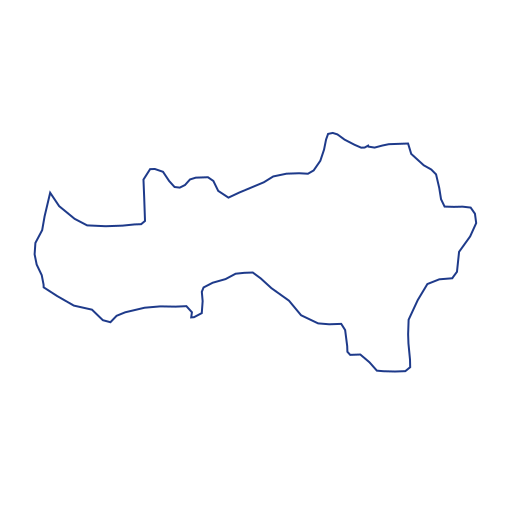 an SVG outline of Kratovo, rotated 178°
{"feature_id": "MKD-2940", "entity_name": "Kratovo", "entity_type": "Statistical Region", "adm_level": 1, "iso_a3": "MKD", "parent_name": "North Macedonia", "parent_adm1": "", "projection": "albers", "projection_center": [22.124, 42.077], "detail": "fine", "context": "isolated", "style": "outline", "palette": "blue", "viewbox_px": 512, "rotation_deg": 178, "n_neighbors": 0, "source": "natural_earth", "source_scale": "10m", "svg_char_len": 1622}
<svg xmlns="http://www.w3.org/2000/svg" viewBox="0 0 512 512"><g transform="rotate(178 256 256)"><path d="M459.5,326.4L451.0,312.7L436.0,299.5L423.7,292.5L405.2,291.0L388.3,291.0L376.2,291.8L369.7,291.8L365.7,294.9L365.7,318.4L365.8,336.3L358.8,346.5L354.1,346.5L346.0,343.4L340.2,334.0L335.0,327.8L329.8,327.0L324.5,329.4L319.3,334.8L313.5,336.4L301.3,336.4L296.0,332.5L291.5,322.4L281.5,315.3L270.5,320.0L245.6,329.4L236.0,334.9L222.6,337.2L209.9,337.2L201.2,336.4L195.4,339.5L188.4,348.9L184.3,359.9L181.9,370.0L179.7,375.5L175.0,376.3L170.4,374.7L163.4,369.2L153.6,363.7L147.1,360.6L143.6,360.6L140.1,362.4L139.8,361.4L133.7,360.2L125.8,362.0L119.4,363.1L113.3,363.1L105.5,363.1L100.1,363.1L97.3,352.6L85.2,340.8L77.8,336.3L73.2,331.3L70.5,317.6L69.1,306.3L65.8,298.8L56.5,298.2L47.8,298.1L39.8,296.9L35.7,290.6L34.8,281.2L41.3,268.1L52.9,253.1L55.7,233.2L59.6,228.3L60.6,226.9L73.6,226.3L85.7,222.0L95.9,206.3L105.7,187.0L106.7,172.6L106.7,163.2L105.7,147.0L105.8,139.5L110.8,135.7L121.1,135.7L132.7,136.4L139.2,137.2L146.3,145.8L155.2,153.9L165.3,153.9L168.0,157.1L168.0,162.7L169.5,178.9L173.2,185.2L185.2,185.2L196.3,186.5L213.0,195.2L224.6,210.2L241.7,223.3L252.0,233.4L259.8,239.6L268.2,239.6L277.0,239.0L287.2,234.0L300.2,230.8L309.5,226.4L311.4,222.1L310.9,212.7L312.2,200.8L320.1,197.0L322.9,196.9L322.0,202.0L327.3,208.3L338.3,208.2L353.4,209.0L369.1,208.2L388.7,204.3L397.4,201.1L403.8,194.9L411.3,197.2L421.8,208.1L439.8,212.8L456.1,222.9L469.3,232.1L469.3,234.8L470.8,244.3L475.5,255.1L477.2,265.4L476.0,276.8L468.8,289.3L465.9,303.0L459.5,326.4Z" fill="none" stroke="#1e3a8a" stroke-width="2"/></g></svg>